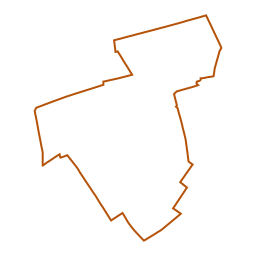 the district of Amaru, Buzau, Romania
{"feature_id": "2599482B26041702067150", "entity_name": "Amaru", "entity_type": "district", "adm_level": 2, "iso_a3": "ROU", "parent_name": "Romania", "parent_adm1": "Buzau", "projection": "orthographic", "projection_center": [26.614, 44.929], "detail": "fine", "context": "isolated", "style": "outline", "palette": "amber", "viewbox_px": 256, "rotation_deg": 0, "n_neighbors": 0, "source": "geoboundaries", "source_scale": "gbopen_adm2", "svg_char_len": 5087}
<svg xmlns="http://www.w3.org/2000/svg" viewBox="0 0 256 256"><path d="M192.6,164.5L190.1,162.7L188.7,161.7L188.5,161.3L188.4,160.3L188.3,159.2L188.2,158.8L188.1,158.2L188.0,157.4L187.9,156.5L187.6,154.3L187.4,152.5L187.4,152.1L187.1,150.3L186.5,145.9L186.4,145.5L185.9,141.3L185.8,140.8L185.5,138.8L184.7,135.5L184.3,134.0L184.3,133.9L184.0,132.7L182.6,127.3L182.5,126.8L182.5,126.7L182.1,124.8L182.0,124.4L181.1,120.9L180.2,117.6L180.0,116.9L179.2,114.3L178.5,111.7L178.2,110.5L178.1,109.9L177.8,109.1L177.7,108.4L177.5,108.1L176.2,106.9L176.0,106.7L176.8,105.9L176.9,105.6L176.3,103.0L176.1,102.2L176.0,101.9L175.9,101.6L175.3,99.1L174.9,97.5L174.7,96.7L174.5,95.8L174.4,95.5L174.3,95.3L174.2,94.8L174.1,94.0L175.0,93.1L176.7,91.4L177.8,91.1L178.1,91.0L178.6,90.9L179.3,90.7L180.0,90.5L180.1,90.4L181.6,90.0L183.3,89.5L183.7,89.4L184.6,89.2L185.5,88.9L186.2,88.7L186.4,88.7L186.9,88.5L187.2,88.5L188.1,88.2L188.5,88.1L189.4,87.8L190.2,87.6L190.6,87.5L191.6,87.2L192.2,87.1L192.8,86.9L193.3,86.7L193.6,86.6L194.3,86.4L197.0,85.5L197.5,85.4L197.9,85.2L198.1,85.1L197.8,84.9L197.7,84.7L197.3,84.3L197.0,84.0L196.8,83.8L196.7,83.7L196.5,83.3L196.5,83.2L196.5,82.9L196.5,82.7L196.7,82.3L196.7,82.0L196.8,81.8L196.8,81.7L197.2,81.4L197.4,81.3L197.6,81.3L198.0,81.3L198.3,81.2L198.6,81.2L199.0,81.1L199.3,80.9L199.6,80.7L199.9,80.5L200.1,80.4L200.3,80.2L200.6,79.9L200.7,79.6L200.8,79.2L200.8,78.8L200.7,78.3L202.4,78.2L203.1,78.1L205.4,77.7L206.7,77.4L208.7,77.0L209.3,77.0L212.2,76.5L212.8,76.4L213.3,76.4L213.5,76.3L213.6,76.2L213.6,75.9L213.7,75.3L213.8,74.6L214.0,73.5L214.1,72.8L214.2,72.2L214.3,71.5L214.4,70.8L214.5,70.0L214.5,69.6L214.6,69.1L214.7,68.5L214.8,67.9L214.9,67.7L219.5,51.4L219.7,50.7L219.9,50.4L220.5,49.6L221.2,48.2L221.3,47.7L220.3,45.3L216.1,36.5L209.8,23.1L209.0,21.5L206.1,15.4L205.8,15.5L205.3,15.6L202.9,16.3L201.1,16.8L200.6,17.0L200.1,17.1L199.1,17.4L198.3,17.6L196.7,18.1L196.4,18.1L196.1,18.2L195.8,18.3L195.6,18.4L195.3,18.5L195.0,18.5L194.5,18.7L194.2,18.7L193.9,18.8L192.8,19.1L192.7,19.2L192.4,19.2L192.2,19.3L191.9,19.4L191.7,19.5L191.3,19.6L191.2,19.6L190.7,19.7L190.5,19.8L190.2,19.9L186.0,21.0L182.9,22.0L178.6,23.2L174.6,24.3L170.5,25.4L164.3,27.1L164.1,27.1L163.8,27.2L163.7,27.2L163.2,27.3L162.9,27.4L162.7,27.5L162.1,27.6L161.9,27.7L161.7,27.8L161.2,27.9L160.8,28.0L160.5,28.1L160.4,28.1L160.0,28.2L159.9,28.2L159.7,28.3L159.1,28.4L158.9,28.5L158.6,28.6L158.4,28.6L158.2,28.7L157.9,28.8L157.6,28.8L157.3,28.9L157.2,28.9L157.1,29.0L156.8,29.0L156.7,29.1L156.3,29.2L156.0,29.3L155.9,29.3L155.7,29.3L155.3,29.4L155.2,29.5L154.9,29.6L154.6,29.6L154.3,29.7L154.1,29.8L153.8,29.8L153.6,29.9L153.4,30.0L152.9,30.1L152.6,30.2L152.4,30.2L152.1,30.3L151.9,30.4L151.5,30.5L151.3,30.5L150.5,30.7L150.3,30.8L150.0,30.9L149.6,31.0L149.4,31.0L149.2,31.1L148.8,31.2L148.4,31.3L147.9,31.4L147.5,31.5L147.3,31.6L147.2,31.6L144.3,32.3L142.8,32.8L142.1,32.9L141.7,33.0L141.0,33.2L140.5,33.3L140.1,33.5L139.6,33.6L139.1,33.7L138.7,33.8L138.3,33.9L137.8,34.0L135.3,34.7L133.7,35.1L132.5,35.5L132.3,35.5L131.4,35.7L130.4,36.0L130.1,36.1L129.2,36.3L127.9,36.6L127.5,36.7L127.4,36.8L126.5,37.0L126.1,37.1L125.7,37.2L125.3,37.3L124.7,37.5L122.2,38.2L121.9,38.2L121.7,38.3L121.2,38.4L120.9,38.5L120.4,38.7L120.2,38.7L120.1,38.8L119.5,38.9L115.1,40.0L114.1,40.3L115.5,51.9L117.7,51.4L119.3,54.0L120.5,55.9L121.3,57.2L121.6,57.7L121.9,58.2L122.1,58.6L122.8,59.7L123.4,60.8L123.8,61.4L124.0,61.7L125.1,63.5L125.7,64.4L126.2,65.1L126.5,65.5L126.8,66.0L127.1,66.6L127.4,67.1L127.7,67.5L128.2,68.4L128.7,69.2L129.1,69.8L129.7,70.8L131.8,74.2L132.1,74.8L122.4,77.3L116.8,78.7L114.8,79.1L103.5,81.6L103.4,81.6L103.3,83.1L103.4,84.8L91.5,88.6L77.5,93.0L76.3,93.4L75.9,93.5L66.4,96.6L63.9,97.5L60.3,98.8L56.7,100.1L53.9,101.1L47.8,103.4L36.2,107.8L35.9,108.4L34.7,111.0L34.8,111.6L35.5,115.0L36.0,117.3L36.0,117.7L36.6,120.4L36.7,120.9L36.8,121.6L37.1,123.2L38.3,129.9L39.0,133.7L40.3,140.2L41.4,146.2L42.2,149.9L42.7,152.9L42.7,158.7L42.7,159.7L42.7,164.1L42.7,165.4L42.8,165.4L42.9,165.5L44.0,164.7L47.2,162.3L48.3,161.7L51.3,159.7L54.8,157.3L58.7,154.8L59.6,154.3L59.8,155.3L60.1,156.5L60.2,157.1L60.3,157.4L60.5,157.6L60.8,157.6L61.1,157.5L61.6,157.4L61.9,157.2L62.9,156.9L63.4,156.7L64.2,156.4L65.1,156.1L65.7,155.8L66.3,155.6L67.3,155.2L70.6,159.5L71.8,160.9L73.0,162.5L75.3,165.4L76.5,167.0L77.1,167.7L77.4,168.2L78.0,169.1L78.3,169.6L78.7,170.3L79.8,172.2L81.7,175.1L83.1,177.2L85.7,181.2L90.1,187.7L92.7,191.7L94.1,193.7L95.7,196.0L98.6,200.8L101.2,204.9L102.3,206.5L103.3,208.1L109.1,217.3L111.1,220.5L114.1,218.5L117.4,216.3L121.3,213.8L122.5,213.0L124.5,216.2L127.2,220.9L127.2,221.0L127.3,221.2L127.6,221.5L127.9,222.1L128.8,223.4L129.4,224.2L130.6,225.8L130.8,226.1L131.8,227.3L134.7,230.9L139.6,236.1L143.4,240.1L143.9,240.6L145.9,239.5L146.6,239.0L149.3,237.4L152.4,235.5L154.7,234.1L157.6,232.2L160.9,230.3L173.7,219.7L179.2,215.1L180.7,213.8L180.8,213.7L176.9,210.9L173.1,208.4L182.4,194.4L182.5,194.3L183.8,192.3L186.9,187.5L180.2,182.2L183.3,177.8L186.1,173.7L189.1,169.5L189.9,168.4L192.2,165.1L192.6,164.5Z" fill="none" stroke="#b45309" stroke-width="2"/></svg>